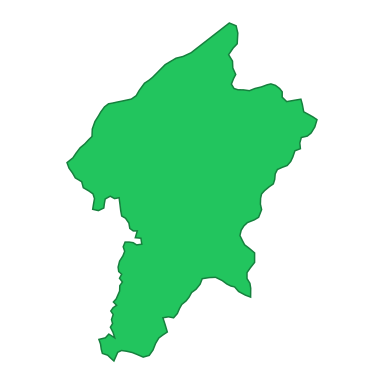 Senador Canedo, Goiás, Brazil
{"feature_id": "56859067B2348213586341", "entity_name": "Senador Canedo", "entity_type": "district", "adm_level": 2, "iso_a3": "BRA", "parent_name": "Brazil", "parent_adm1": "Goiás", "projection": "orthographic", "projection_center": [-49.113, -16.713], "detail": "fine", "context": "isolated", "style": "filled", "palette": "green", "viewbox_px": 384, "rotation_deg": 0, "n_neighbors": 0, "source": "geoboundaries", "source_scale": "gbopen_adm2", "svg_char_len": 2392}
<svg xmlns="http://www.w3.org/2000/svg" viewBox="0 0 384 384"><path d="M121.5,350.5L126.4,351.2L132.2,352.5L137.2,354.5L143.2,357.1L149.2,355.4L153.0,350.0L155.6,343.4L158.8,338.0L162.8,335.0L167.3,332.0L165.2,324.9L162.9,317.8L168.4,316.8L173.6,317.8L177.3,313.6L179.5,308.5L181.8,304.4L186.1,300.9L189.0,297.2L191.6,292.5L196.0,289.3L200.1,284.2L202.2,278.7L209.0,277.6L215.6,277.3L222.3,280.6L226.8,284.0L230.8,286.0L234.6,286.9L238.6,291.5L245.3,295.1L250.6,297.1L250.7,288.2L249.9,283.3L247.0,278.6L247.0,272.6L250.2,268.0L254.6,262.4L254.6,252.9L249.3,248.4L244.6,244.8L242.4,240.6L239.9,235.5L241.2,230.2L243.9,225.9L247.4,222.6L254.4,219.8L258.6,217.3L261.6,209.6L260.4,204.2L260.6,198.2L261.6,193.9L264.6,190.6L269.4,186.6L273.3,183.9L274.7,179.5L275.2,173.9L277.4,169.5L282.1,167.4L287.2,165.5L290.7,161.5L292.8,157.0L294.9,150.8L300.4,148.7L299.8,143.0L301.3,137.5L307.3,136.1L311.1,133.0L314.8,127.0L317.0,119.7L312.9,116.9L303.7,111.8L302.3,104.3L300.9,99.2L295.4,100.1L286.7,101.6L282.2,97.2L282.2,91.8L279.6,88.5L275.5,85.4L270.9,83.9L267.1,84.8L261.5,86.9L254.9,88.5L249.4,90.7L243.6,89.9L238.0,89.8L234.0,88.5L231.4,84.1L233.5,78.7L235.7,74.5L232.8,68.0L232.5,61.1L228.6,54.7L233.2,48.0L237.2,43.8L237.8,33.1L236.1,25.8L229.3,23.0L191.0,52.8L183.0,56.5L176.0,58.2L165.2,64.6L152.5,77.4L149.2,80.1L144.5,83.2L139.2,90.5L136.2,95.7L131.3,99.1L126.6,100.1L121.5,101.2L117.0,102.1L112.5,103.1L108.5,103.8L104.5,106.9L100.8,111.9L98.5,115.9L95.0,121.4L92.3,129.0L92.0,136.5L88.7,139.7L84.8,143.9L80.2,147.7L76.1,153.1L72.9,157.9L67.0,162.6L69.0,168.1L72.5,173.0L75.3,177.9L81.7,181.7L83.3,187.7L89.1,191.1L93.0,193.9L94.5,198.6L93.4,204.8L92.7,209.3L98.4,210.6L103.8,208.0L104.3,203.9L105.2,199.0L110.2,196.2L114.6,198.6L119.1,197.7L120.0,204.6L120.7,210.6L121.7,216.0L125.5,218.2L128.9,223.1L129.8,228.4L133.2,230.9L137.3,230.9L135.3,237.7L140.9,238.2L141.8,244.2L136.6,244.9L133.2,242.7L129.3,242.1L125.1,242.1L123.2,246.8L124.7,251.3L122.9,255.9L119.6,261.1L118.1,267.1L118.7,271.5L121.7,274.2L119.5,278.3L122.4,282.0L119.8,285.7L119.6,291.1L116.2,298.9L113.4,302.0L116.6,305.3L113.2,307.6L110.8,311.0L113.2,314.5L111.5,319.6L112.6,323.6L110.4,327.2L113.0,332.3L114.7,337.8L108.8,334.1L105.4,337.8L98.9,339.4L100.5,343.9L101.3,349.4L102.4,353.4L107.7,355.2L110.7,358.1L113.9,361.0L115.8,356.7L117.7,352.3L121.5,350.5Z" fill="#22c55e" stroke="#15803d" stroke-width="1.5"/></svg>